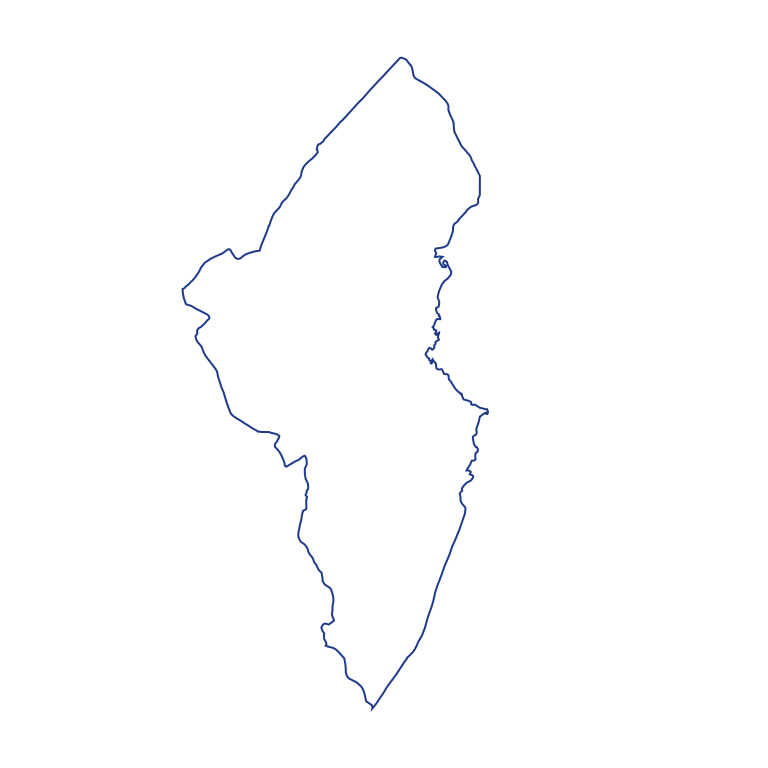 the district of Kampong Seila, Kaôh Kong, Cambodia, rotated 160°
{"feature_id": "14789045B74772931755748", "entity_name": "Kampong Seila", "entity_type": "district", "adm_level": 2, "iso_a3": "KHM", "parent_name": "Cambodia", "parent_adm1": "Kaôh Kong", "projection": "mercator", "projection_center": [103.945, 11.169], "detail": "fine", "context": "isolated", "style": "outline", "palette": "blue", "viewbox_px": 768, "rotation_deg": 160, "n_neighbors": 0, "source": "geoboundaries", "source_scale": "gbopen_adm2", "svg_char_len": 6155}
<svg xmlns="http://www.w3.org/2000/svg" viewBox="0 0 768 768"><g transform="rotate(160 384 384)"><path d="M506.0,83.1L501.8,85.5L490.2,93.9L484.8,98.3L472.1,106.7L460.4,115.5L456.9,117.7L455.7,119.1L454.5,119.4L452.0,120.5L448.6,122.2L445.5,124.4L442.6,127.1L439.9,130.1L435.3,133.8L433.1,136.1L429.2,140.6L422.4,150.0L416.7,156.9L412.1,162.9L407.4,170.4L403.5,175.4L394.7,185.6L389.8,191.7L380.8,201.3L375.0,208.6L371.3,212.2L362.7,221.7L352.4,234.4L350.2,238.7L349.9,240.1L351.8,245.6L351.9,248.1L350.6,252.4L350.2,255.3L348.7,256.3L347.0,257.0L346.6,259.2L343.1,261.6L339.5,263.1L336.1,263.4L335.0,263.8L332.7,265.3L331.8,266.5L332.1,267.8L334.3,269.8L332.5,271.6L333.3,273.1L334.4,274.0L336.0,274.5L335.1,275.5L330.6,278.8L327.8,281.9L325.4,281.2L323.8,281.9L322.9,285.2L321.4,287.9L320.0,288.0L319.3,288.5L318.1,290.0L318.3,292.9L319.4,293.5L320.0,297.1L319.1,302.5L318.5,304.0L316.9,304.7L314.7,305.0L313.4,306.8L313.1,308.9L312.3,310.5L307.4,316.8L305.1,320.5L300.6,321.9L298.6,322.3L297.4,322.0L298.0,320.8L297.1,320.5L295.8,322.1L295.8,325.1L297.6,325.7L300.2,327.8L302.0,328.8L304.6,332.3L305.9,333.6L308.1,334.2L309.0,335.2L308.4,337.0L308.9,337.9L311.2,340.0L314.3,342.1L314.8,343.7L314.5,344.6L314.8,345.7L314.4,347.3L314.6,348.4L315.3,348.3L316.0,350.1L317.0,351.5L318.7,355.5L320.5,363.9L321.4,366.2L320.4,370.1L321.2,371.6L323.1,372.3L324.1,372.9L324.3,374.8L324.4,377.7L325.2,378.4L327.1,378.7L328.5,379.5L329.3,380.5L329.0,382.8L328.2,385.3L329.4,388.6L329.8,389.9L329.8,390.6L330.9,389.9L331.2,387.9L332.2,387.0L333.0,387.6L332.4,388.9L332.6,390.0L333.3,391.2L332.8,392.5L333.6,393.3L334.2,394.8L334.4,396.3L334.9,397.4L333.5,399.1L332.1,399.9L330.3,401.7L329.0,402.5L327.7,401.3L327.0,399.8L326.0,399.8L324.3,401.0L323.8,402.7L322.0,404.2L321.0,406.0L317.2,406.8L317.4,409.2L316.9,410.7L315.2,412.4L314.7,413.4L316.6,413.0L318.2,412.4L318.9,413.7L318.0,414.8L316.8,415.6L316.6,416.4L317.3,417.3L318.4,417.8L318.3,419.1L318.9,420.8L317.4,421.6L316.3,422.6L315.3,424.2L312.5,426.8L310.7,426.4L308.9,425.7L308.5,427.5L309.2,429.0L308.4,429.8L309.0,431.2L309.7,432.1L309.8,434.2L309.7,436.0L308.9,437.7L306.4,437.9L305.3,439.5L304.0,442.1L304.0,447.0L301.6,451.0L299.0,454.1L295.6,457.7L292.2,460.0L288.1,461.3L283.8,463.9L282.4,466.3L282.7,469.6L283.4,473.8L283.2,477.5L284.8,479.3L286.8,478.0L287.2,476.0L285.4,474.0L286.0,472.6L289.1,474.0L289.7,476.6L290.1,480.1L289.1,482.1L285.6,483.5L288.4,485.0L291.4,485.4L292.7,486.1L290.2,489.0L290.5,492.0L289.2,493.6L282.6,492.3L278.5,492.3L276.1,493.3L271.4,498.5L268.6,501.9L266.6,504.7L265.5,507.7L263.4,510.2L258.6,511.9L257.6,512.9L248.2,517.7L246.9,518.8L244.8,519.7L241.6,520.8L236.1,520.7L235.2,520.9L233.5,522.1L232.4,525.6L229.4,528.6L222.8,546.6L223.3,552.3L224.1,557.3L224.4,561.9L225.0,563.9L224.9,566.7L225.3,569.9L226.3,572.1L228.0,576.9L228.7,578.2L229.8,581.2L231.6,596.7L230.9,600.1L229.2,606.0L229.3,609.6L229.8,614.5L229.8,618.6L229.6,620.2L228.3,623.1L228.4,626.3L229.7,630.0L233.1,637.9L234.4,640.1L241.1,649.9L243.6,653.1L249.2,659.5L250.5,661.7L250.7,664.2L249.7,670.1L249.6,672.6L249.8,674.3L250.9,676.8L251.9,680.4L252.5,681.5L253.7,682.8L256.3,684.8L257.4,684.9L276.1,675.4L279.8,673.4L283.5,671.7L297.4,664.6L304.6,660.5L312.8,656.6L327.7,648.7L332.5,646.3L336.6,644.5L341.3,641.8L356.6,634.3L357.5,633.2L358.4,632.7L359.6,632.4L361.7,631.5L363.5,631.6L364.9,630.8L367.0,627.2L366.6,626.8L367.1,624.3L371.2,621.9L374.0,620.6L379.2,618.7L381.3,617.7L383.3,616.7L385.3,615.5L388.7,611.8L389.8,609.7L391.6,607.1L394.1,605.3L399.5,602.3L400.9,600.9L405.3,597.5L407.6,595.3L410.6,592.9L412.3,591.9L416.9,589.9L418.9,588.4L421.5,585.8L427.8,582.6L429.4,581.6L432.1,578.9L435.3,575.1L437.6,572.1L438.2,572.1L439.3,570.5L442.2,567.0L452.6,555.5L455.2,551.8L459.7,552.8L462.1,552.9L463.2,553.1L469.1,553.2L471.5,552.7L473.9,552.0L475.6,551.2L477.1,551.2L478.9,551.7L480.4,553.1L482.1,559.5L482.2,561.5L483.0,563.3L484.2,563.9L485.4,563.7L490.7,562.1L493.0,561.8L498.5,561.6L504.3,560.9L510.6,559.4L513.9,557.5L516.0,556.1L519.4,552.8L524.3,549.2L528.9,546.6L531.0,545.8L533.6,544.4L537.0,543.4L538.4,542.5L540.0,542.0L540.9,542.1L541.7,539.1L542.7,533.8L542.8,527.0L542.4,526.4L538.3,523.2L535.0,519.1L526.2,509.7L525.5,508.3L525.3,506.2L526.2,505.0L528.1,504.3L532.5,501.9L536.7,500.2L539.1,499.8L540.9,498.7L541.7,497.1L542.1,495.3L544.7,493.5L545.1,492.0L545.2,490.2L544.7,486.8L543.9,484.9L542.7,481.5L542.5,474.7L542.0,471.3L537.3,456.3L536.6,452.9L537.4,447.9L537.9,436.1L537.6,431.7L538.2,420.3L538.2,410.1L537.9,408.1L536.5,405.3L534.5,402.5L530.7,397.8L528.3,394.5L525.1,390.5L522.3,386.8L520.2,384.5L518.5,382.1L517.6,382.1L516.0,381.0L508.3,378.1L506.6,376.5L504.0,375.0L501.5,373.0L500.2,371.0L500.4,370.3L501.3,369.1L502.7,368.2L504.2,366.5L506.2,365.5L507.5,364.1L507.9,362.1L506.3,358.3L505.4,355.5L504.9,352.4L504.6,349.6L504.5,344.5L505.0,340.7L504.1,339.7L493.6,341.7L490.2,341.9L485.3,343.6L483.2,343.7L482.6,342.8L482.6,339.6L483.2,337.4L484.2,334.7L487.4,331.5L488.9,327.3L490.1,321.6L489.7,318.0L489.7,315.8L490.5,313.0L491.1,311.5L492.2,310.6L493.3,310.1L493.9,308.3L495.2,307.2L495.7,306.3L494.9,304.2L495.9,302.8L497.1,300.9L499.2,294.4L500.1,293.1L501.5,292.7L503.3,292.6L504.3,291.5L504.8,290.4L505.9,289.1L508.1,284.8L510.8,280.9L515.1,273.9L516.1,271.7L516.7,269.6L516.7,267.6L516.1,263.9L514.9,262.5L513.6,260.6L512.7,258.0L512.2,255.9L512.4,251.9L511.9,248.7L510.8,245.9L510.4,243.3L510.6,241.3L510.3,239.4L509.6,237.7L509.1,232.4L508.4,230.3L507.3,228.4L507.9,223.7L509.1,219.8L508.6,217.8L508.3,215.9L507.1,214.2L505.1,211.8L504.0,209.3L504.2,204.0L504.8,200.2L505.8,197.2L508.1,193.3L509.7,189.3L511.9,185.0L511.8,178.8L517.2,177.1L518.5,177.0L519.7,178.1L521.6,179.1L523.0,179.0L524.7,178.1L526.1,176.7L526.3,174.9L526.1,172.5L525.5,170.1L526.7,167.8L527.4,164.9L527.0,161.9L527.0,159.3L528.3,158.1L526.6,156.5L521.9,153.3L519.9,150.8L518.6,148.3L515.2,139.9L515.9,135.1L516.8,131.3L518.4,126.3L518.7,123.9L518.6,122.1L517.9,119.7L517.3,118.9L511.9,113.1L510.1,110.0L509.1,107.9L508.4,105.8L508.1,102.3L508.3,99.4L509.2,92.8L508.9,91.1L508.2,90.5L505.3,86.4L505.3,84.3L506.0,83.1Z" fill="none" stroke="#1e3a8a" stroke-width="2"/></g></svg>